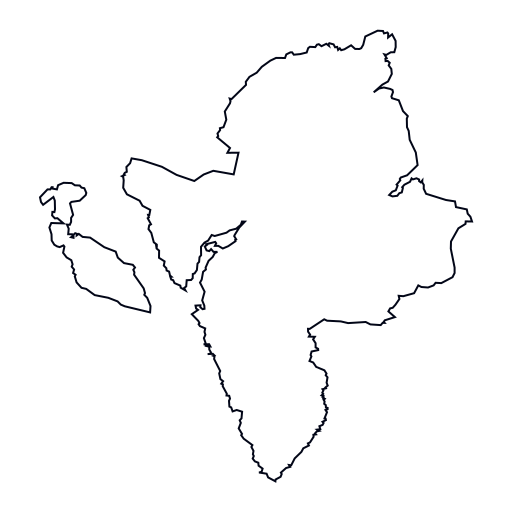 the district of Frogn nor, Akershus, Norway
{"feature_id": "86288312B20700127257552", "entity_name": "Frogn nor", "entity_type": "district", "adm_level": 2, "iso_a3": "NOR", "parent_name": "Norway", "parent_adm1": "Akershus", "projection": "natural_earth1", "projection_center": [10.666, 59.695], "detail": "fine", "context": "isolated", "style": "outline", "palette": "ink", "viewbox_px": 512, "rotation_deg": 0, "n_neighbors": 0, "source": "geoboundaries", "source_scale": "gbopen_adm2", "svg_char_len": 5987}
<svg xmlns="http://www.w3.org/2000/svg" viewBox="0 0 512 512"><path d="M327.7,385.6L326.6,382.7L327.5,377.3L325.7,375.2L326.5,373.6L324.4,370.3L316.2,366.9L313.2,362.5L309.5,361.0L311.4,356.4L310.6,355.0L311.6,351.5L318.2,350.1L318.1,348.8L315.6,347.4L315.6,343.2L313.1,339.4L314.8,336.8L308.9,336.6L310.1,334.6L308.1,331.7L308.0,328.8L309.7,328.9L324.2,319.3L327.1,320.7L340.8,321.4L348.1,323.1L365.7,322.0L370.4,324.4L380.7,325.1L382.6,322.9L384.6,322.9L383.7,321.9L384.8,320.3L394.9,317.1L388.4,311.4L390.1,308.4L392.7,307.8L395.4,304.8L399.4,299.0L398.7,295.8L403.3,296.2L414.1,293.2L418.3,285.4L421.4,287.0L428.0,287.5L433.6,285.4L435.6,282.8L441.3,283.1L452.5,277.2L454.6,273.0L454.6,267.6L450.8,248.7L451.0,241.5L458.4,228.3L465.5,223.9L465.7,221.4L472.0,221.5L470.4,216.7L467.7,213.7L466.8,209.4L456.0,207.1L455.0,201.4L446.0,200.0L426.1,193.8L423.7,188.7L423.8,184.9L422.2,182.3L422.3,180.5L420.8,182.4L419.1,181.1L419.1,179.5L416.5,178.3L412.9,179.4L411.6,178.4L410.0,181.8L404.4,184.7L402.2,187.2L402.9,187.9L401.8,192.4L399.3,193.2L397.3,195.8L392.5,196.4L389.2,195.0L392.3,191.7L395.8,190.3L397.6,185.6L396.6,184.6L400.3,180.3L399.8,179.0L400.8,177.5L407.1,175.3L417.6,165.1L415.8,152.5L409.7,139.8L408.7,130.9L407.0,127.2L406.8,118.6L407.8,116.1L403.0,111.1L398.8,100.3L392.0,98.2L391.4,96.5L393.0,92.1L392.5,90.0L390.1,88.9L383.9,87.5L379.1,88.5L373.7,92.3L382.4,84.6L388.0,81.5L391.8,73.9L391.3,68.9L388.7,65.4L389.7,62.8L387.6,60.9L385.6,61.1L385.4,58.7L386.7,58.2L384.4,54.4L386.3,54.9L390.7,52.3L394.3,52.2L395.7,47.1L395.6,40.9L392.1,34.3L388.1,37.5L388.2,33.5L387.4,32.5L384.0,33.4L383.0,31.0L377.6,30.7L365.3,36.5L363.2,44.8L361.2,48.2L359.4,49.0L355.1,48.9L351.1,45.3L344.4,49.3L341.2,50.2L339.8,48.3L338.1,49.9L337.2,46.9L335.1,47.3L333.6,44.4L329.3,43.2L328.4,44.3L328.9,45.8L326.3,43.8L321.5,46.2L318.8,44.2L316.9,44.7L315.3,47.1L309.9,46.8L308.2,48.1L306.7,52.5L300.1,54.1L293.8,54.7L292.1,52.3L290.5,52.3L286.3,54.4L285.0,58.0L276.1,57.9L270.4,60.6L261.8,66.8L256.7,72.7L249.5,76.8L245.8,81.8L246.0,84.9L231.5,99.1L229.7,98.6L230.5,101.1L230.0,103.3L224.8,111.5L226.3,119.7L223.5,127.2L219.9,128.2L220.1,130.1L217.5,133.5L218.2,136.1L217.2,137.3L230.0,148.0L227.4,152.8L238.5,152.7L233.7,174.4L213.3,170.8L203.7,174.5L194.3,181.0L176.6,174.9L161.9,166.8L141.8,160.2L131.6,158.4L130.1,163.2L126.4,167.0L126.8,171.8L124.8,172.8L123.9,174.3L124.7,175.0L122.0,176.2L123.2,176.9L123.7,180.3L123.2,187.8L126.9,194.3L139.6,200.7L142.5,205.8L150.3,209.9L149.3,215.0L148.1,214.9L148.9,217.3L147.7,218.2L151.0,224.3L149.2,225.3L148.5,229.1L151.3,232.9L153.8,242.3L156.8,244.6L156.8,245.8L156.1,245.3L156.6,248.5L159.1,250.6L159.0,257.8L164.6,261.4L163.8,265.6L166.3,268.2L166.6,270.5L169.1,271.6L170.0,275.5L171.4,276.7L170.3,276.8L171.2,279.5L173.2,280.2L174.5,283.1L180.3,285.6L180.7,287.7L185.4,290.4L184.1,288.0L186.2,286.4L186.7,280.2L191.1,280.0L192.7,278.2L192.8,274.0L194.6,273.4L196.9,270.0L197.5,263.6L199.1,261.9L199.5,257.2L201.1,255.2L201.0,246.8L204.5,242.6L208.1,240.6L211.7,235.0L214.7,236.0L226.5,232.7L229.6,230.4L236.2,228.7L240.8,224.8L242.0,221.5L244.9,221.6L239.3,227.5L234.7,234.9L234.2,236.1L236.2,239.4L235.2,239.9L235.5,241.2L228.2,246.2L222.8,248.5L218.4,245.9L214.9,245.9L216.2,243.3L215.2,241.9L206.3,244.2L206.9,244.9L204.8,246.5L206.6,250.4L209.3,251.1L211.1,249.1L213.5,251.9L217.4,251.9L214.8,253.1L212.7,257.0L208.6,260.8L205.6,267.6L205.9,269.5L203.1,271.8L201.7,279.6L200.0,282.6L204.6,291.7L202.2,300.4L204.3,305.6L204.5,308.8L202.6,309.2L200.3,307.2L200.5,305.3L195.5,305.6L196.1,308.5L198.0,309.9L191.8,314.2L198.3,320.9L199.5,323.0L198.6,324.2L199.9,326.1L205.2,328.4L204.5,331.9L205.4,334.8L203.9,338.1L205.8,343.8L203.6,344.4L209.1,344.2L210.3,346.4L204.8,345.6L209.2,346.7L209.3,349.6L210.9,352.3L210.0,353.9L207.6,354.1L212.8,353.8L214.5,355.5L213.5,355.9L214.5,356.3L214.1,359.0L220.2,371.0L219.2,373.4L220.4,379.1L223.1,381.2L221.3,383.7L222.9,384.4L222.7,386.2L226.8,393.7L226.5,395.5L229.2,395.8L230.0,398.6L229.0,400.8L229.4,406.6L231.2,407.4L232.6,411.4L236.7,410.0L242.1,411.7L241.5,418.4L239.7,420.3L240.8,422.9L238.7,428.4L242.0,433.9L241.2,435.2L243.7,438.7L252.4,445.1L251.4,447.0L253.5,450.9L252.9,454.3L253.8,456.0L252.7,458.6L254.9,461.4L258.3,462.7L258.6,465.7L262.6,468.6L261.6,471.8L259.0,472.5L266.6,473.7L268.1,477.4L275.4,481.3L275.6,479.5L280.6,476.8L281.7,474.0L280.9,472.6L286.1,468.0L290.1,466.9L289.0,465.0L291.2,465.3L294.7,458.4L301.4,451.9L303.3,448.3L308.9,445.5L307.9,443.4L310.0,442.4L313.6,436.8L313.4,434.8L315.9,434.4L315.0,433.4L316.8,431.4L319.2,430.9L317.2,429.6L320.3,429.2L319.4,426.2L322.6,424.9L323.6,423.0L322.5,421.8L325.9,420.1L325.6,418.6L324.5,418.4L327.0,412.2L325.5,410.0L327.6,409.2L327.6,407.9L325.9,407.5L325.8,405.1L324.2,403.8L324.6,401.5L323.8,400.1L324.7,398.9L323.2,398.6L323.7,397.3L322.6,396.9L323.3,395.7L321.7,395.3L323.2,393.8L322.3,392.7L323.4,390.5L322.5,389.2L325.9,388.3L325.4,387.5L327.7,385.6ZM81.5,187.6L79.7,185.5L74.9,185.3L71.7,183.1L63.6,182.8L58.1,185.2L56.9,189.4L52.6,188.6L52.6,187.2L51.6,187.2L50.3,189.4L47.5,189.4L40.0,197.3L41.0,202.0L43.1,204.8L53.4,197.0L54.8,200.6L55.0,209.3L54.4,212.1L52.4,211.9L52.1,215.4L54.9,218.4L57.4,218.2L63.5,223.4L51.3,223.0L49.4,227.5L51.5,234.2L51.7,240.5L54.3,244.7L57.1,246.4L59.7,247.1L63.5,245.4L64.4,246.6L63.1,252.8L66.6,257.4L71.3,260.2L72.6,264.3L71.7,266.7L74.1,269.5L73.1,273.0L75.6,274.8L74.8,276.4L76.6,282.4L81.5,287.8L86.2,288.9L94.7,295.1L108.3,297.8L117.6,301.4L120.8,304.6L124.8,306.3L150.1,312.4L150.5,306.0L147.2,297.8L144.3,294.8L145.0,293.1L143.7,288.4L134.1,274.7L134.4,272.2L133.3,269.8L135.0,267.5L132.8,264.8L124.0,263.1L117.8,257.6L115.7,251.6L104.3,247.2L90.1,237.6L82.6,236.9L78.8,233.9L76.7,235.4L76.9,233.8L75.2,233.2L73.5,234.7L73.5,237.8L71.1,237.2L72.8,235.8L72.2,234.3L68.2,234.2L68.7,228.7L67.0,224.6L69.8,224.8L71.1,221.9L71.1,217.9L73.1,214.9L70.0,203.4L71.4,201.9L79.7,200.7L85.7,195.1L86.3,192.9L84.3,188.2L81.5,187.6Z" fill="none" stroke="#020617" stroke-width="2"/></svg>